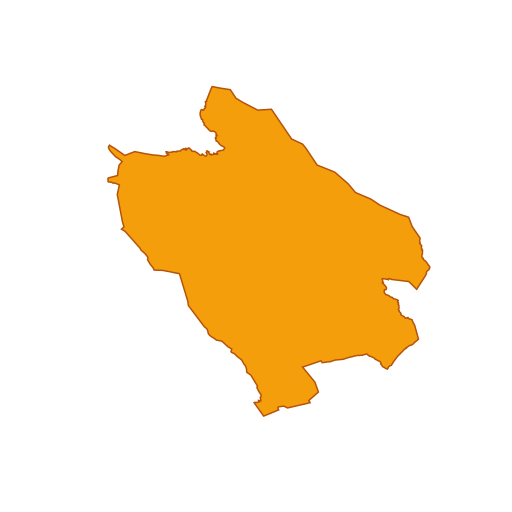 outline of Vang nor, Oppland, Norway, rotated 30°
{"feature_id": "86288312B14831556842488", "entity_name": "Vang nor", "entity_type": "district", "adm_level": 2, "iso_a3": "NOR", "parent_name": "Norway", "parent_adm1": "Oppland", "projection": "robinson", "projection_center": [8.416, 61.192], "detail": "fine", "context": "isolated", "style": "filled", "palette": "amber", "viewbox_px": 512, "rotation_deg": 30, "n_neighbors": 0, "source": "geoboundaries", "source_scale": "gbopen_adm2", "svg_char_len": 6095}
<svg xmlns="http://www.w3.org/2000/svg" viewBox="0 0 512 512"><g transform="rotate(30 256 256)"><path d="M174.8,319.1L182.4,315.1L198.6,309.6L219.6,329.3L222.2,332.7L246.4,343.0L249.7,343.6L251.0,344.4L253.7,347.2L255.4,347.8L257.8,348.2L260.6,348.2L263.2,348.6L264.3,348.5L268.2,347.0L269.6,346.9L277.0,348.6L281.5,348.6L281.6,349.5L281.9,349.9L281.9,350.4L282.0,351.1L282.8,351.7L286.5,351.4L288.9,352.2L295.5,353.2L299.8,355.7L302.1,356.6L304.0,358.3L306.1,361.3L311.0,361.7L322.3,367.9L322.6,369.5L326.3,372.0L329.9,373.7L330.7,375.7L330.4,376.3L332.6,378.9L330.4,379.9L331.2,380.5L331.6,380.6L331.2,381.0L331.4,381.2L329.9,382.5L329.4,382.6L328.1,383.4L327.7,384.0L342.7,390.8L352.6,377.9L351.7,377.4L350.7,376.1L350.8,375.7L351.3,375.1L354.0,373.0L355.4,372.1L359.3,371.8L376.2,356.0L374.0,354.7L378.1,342.6L370.1,335.8L351.9,328.9L364.7,314.3L366.7,315.3L372.5,310.7L372.9,310.7L376.4,306.7L383.2,301.8L387.6,296.9L389.3,295.5L391.8,292.9L393.8,291.2L395.1,290.6L397.0,289.1L397.7,288.9L398.4,287.9L399.9,286.5L400.7,285.4L403.2,285.9L404.4,286.0L405.4,285.6L409.1,285.3L410.0,285.4L410.6,285.8L411.4,285.8L412.0,285.6L413.8,285.7L415.7,285.4L416.4,285.5L417.9,286.4L417.9,286.5L417.8,286.8L417.9,287.1L418.0,287.2L419.1,287.5L420.8,288.4L421.9,288.5L422.8,288.3L424.3,288.6L426.4,288.2L426.4,286.8L426.2,286.2L426.6,284.5L427.8,283.1L427.9,282.6L427.9,280.3L428.0,279.8L427.9,279.3L428.8,272.1L431.0,263.6L432.0,260.5L432.3,260.5L432.2,260.1L433.4,257.3L435.8,254.5L436.6,251.5L438.3,246.8L428.2,236.8L426.8,235.8L425.7,235.4L425.0,234.7L423.5,233.7L423.1,233.2L422.3,233.2L419.9,233.9L418.3,233.3L418.0,233.7L418.1,234.1L417.1,234.5L416.9,235.0L415.8,235.0L414.8,234.5L414.1,234.6L412.9,234.4L412.1,234.6L411.3,234.5L410.4,233.9L410.4,233.5L409.6,232.9L408.6,232.7L407.5,232.2L407.3,231.7L406.3,231.4L406.0,230.8L406.2,230.4L406.1,230.1L405.5,229.1L405.5,228.8L404.6,227.9L404.4,227.2L403.4,226.9L403.5,226.6L403.0,226.1L403.0,225.5L402.8,225.3L402.0,225.2L401.5,224.9L401.3,224.4L401.6,223.6L401.4,223.4L400.6,223.3L398.6,223.6L396.7,224.2L395.6,224.0L394.9,223.7L393.2,224.2L390.8,223.9L388.7,224.2L388.1,224.5L387.2,224.3L385.6,223.6L385.0,223.2L384.7,222.6L384.7,222.2L384.1,221.2L384.2,220.9L385.3,220.3L385.5,219.8L385.4,219.4L385.1,219.1L385.1,218.6L384.6,218.0L381.9,216.8L379.7,216.4L378.9,216.1L379.5,215.3L378.3,214.7L378.2,214.4L377.7,213.6L376.9,213.1L376.7,212.7L377.0,212.2L378.1,211.9L379.1,211.3L380.3,211.1L381.2,210.5L382.4,210.4L382.2,209.8L382.6,209.6L382.5,209.0L382.8,208.8L385.2,208.5L401.1,201.7L411.8,204.5L412.6,187.4L411.6,183.9L412.6,181.4L412.4,179.3L412.0,179.0L412.0,178.6L410.3,177.7L409.6,177.7L409.3,177.4L407.6,176.5L405.2,175.6L403.4,175.5L402.6,175.1L402.4,174.8L401.5,174.3L401.2,174.5L400.0,173.7L399.3,172.5L398.9,170.6L397.3,167.8L397.1,167.8L397.2,167.7L396.5,167.3L396.5,167.1L396.3,167.0L395.3,166.5L395.0,166.1L394.8,165.4L394.4,164.8L394.5,164.5L393.9,164.0L392.9,163.8L391.6,163.3L391.8,162.8L390.9,162.2L390.8,161.7L390.1,161.0L389.9,160.6L389.8,159.8L389.4,159.3L389.2,158.5L376.5,152.4L368.8,146.1L359.7,148.0L337.9,150.0L327.2,149.3L310.4,151.3L299.7,147.4L282.2,144.0L263.5,146.7L245.3,137.7L240.3,135.8L228.4,136.9L196.0,121.2L184.6,128.8L166.5,129.6L161.6,129.4L160.8,129.5L159.8,129.4L150.6,124.8L141.6,128.3L133.3,131.2L133.5,133.8L135.4,146.2L135.9,146.6L135.8,147.0L135.0,147.6L135.1,147.9L136.3,149.1L137.0,150.7L137.3,151.2L137.3,151.5L136.9,151.7L136.9,152.0L137.9,152.2L137.7,152.9L138.0,153.6L137.5,154.3L137.8,154.9L137.7,155.6L137.3,156.2L135.9,156.2L135.5,156.7L135.4,157.5L135.7,158.7L136.4,160.7L137.8,162.6L139.3,163.7L140.0,164.6L140.4,164.8L140.9,164.5L141.5,164.6L142.2,165.6L143.1,166.3L144.8,166.9L144.8,167.4L145.6,168.5L146.8,168.5L148.5,169.2L150.9,169.7L151.2,170.1L153.7,170.6L154.8,170.5L155.6,170.1L156.0,169.5L157.0,169.1L159.0,169.1L160.2,169.8L161.0,170.5L161.0,170.9L161.6,171.1L161.0,171.3L161.7,172.3L161.7,172.5L161.5,172.4L162.4,173.4L162.4,173.7L162.0,173.6L161.8,173.8L162.1,174.1L162.0,174.3L162.5,174.6L162.8,175.1L163.7,175.9L164.1,176.0L164.2,176.3L165.4,176.0L166.9,176.8L167.3,176.7L168.3,177.3L170.4,177.8L173.3,177.6L174.8,177.9L174.9,180.4L172.7,182.5L171.9,183.0L171.6,183.6L171.1,183.9L171.1,184.1L170.7,184.4L170.7,184.7L170.3,185.2L170.4,185.7L171.0,186.4L171.9,187.0L171.7,187.3L171.0,187.6L170.1,187.4L170.0,187.5L170.3,187.8L169.8,188.1L168.1,187.9L168.3,188.5L168.9,188.9L168.1,189.6L166.6,190.2L166.5,190.5L166.8,190.9L166.6,191.0L165.8,190.7L165.3,190.8L165.0,191.0L164.8,190.7L164.4,190.7L164.4,190.4L163.3,190.0L163.2,189.4L161.5,189.3L160.9,189.0L161.6,189.5L160.9,189.8L161.0,189.9L162.1,189.7L161.1,190.6L161.1,191.4L162.4,192.1L162.8,192.5L163.0,193.2L162.8,194.5L162.3,194.8L160.8,194.9L160.4,194.7L159.2,194.6L158.7,194.4L158.2,195.0L158.6,195.5L158.5,195.9L158.2,196.2L157.1,196.6L155.9,196.5L154.1,196.1L152.9,196.0L152.4,196.2L150.9,195.9L149.3,196.6L149.0,197.0L148.5,197.3L148.1,197.3L147.2,196.5L146.5,196.8L146.7,196.7L144.6,195.9L144.0,196.0L143.7,196.4L143.3,196.5L143.1,197.4L142.7,197.9L142.8,198.8L142.6,199.1L142.4,199.2L142.1,198.1L141.4,197.8L141.1,198.6L140.4,199.0L140.4,199.3L140.3,199.2L139.7,199.4L139.7,199.6L139.4,200.1L139.0,200.3L138.2,201.6L138.1,202.6L137.4,203.3L136.0,204.1L135.1,204.9L135.3,205.1L135.2,205.4L132.9,206.5L131.7,207.4L131.6,207.9L131.0,208.1L129.2,209.7L126.4,210.4L126.0,210.7L126.4,211.0L127.3,210.8L126.5,211.2L126.7,211.5L127.6,211.6L127.7,211.8L128.4,211.9L128.6,211.6L129.2,211.8L129.4,211.9L129.0,212.1L129.6,212.2L127.1,215.2L124.8,216.3L121.3,217.6L116.5,219.9L109.4,222.6L98.8,226.2L92.1,234.5L80.1,233.5L73.7,233.3L73.7,235.0L73.9,235.7L74.2,236.0L75.8,237.2L78.1,238.2L85.1,240.3L89.7,240.5L92.9,241.2L92.0,245.7L94.0,251.5L95.9,255.5L89.1,262.2L89.1,263.1L90.8,265.6L91.0,265.7L92.7,264.9L93.7,264.7L94.1,264.3L95.7,264.4L96.2,264.0L96.9,263.8L97.0,263.5L97.2,263.4L102.1,262.7L105.1,272.1L123.2,293.1L127.1,296.8L126.1,300.0L130.3,300.1L151.4,307.1L153.6,308.4L158.9,309.5L162.2,310.8L163.5,311.8L163.9,313.4L168.6,316.1L172.7,317.6L174.8,319.1Z" fill="#f59e0b" stroke="#b45309" stroke-width="1.5"/></g></svg>